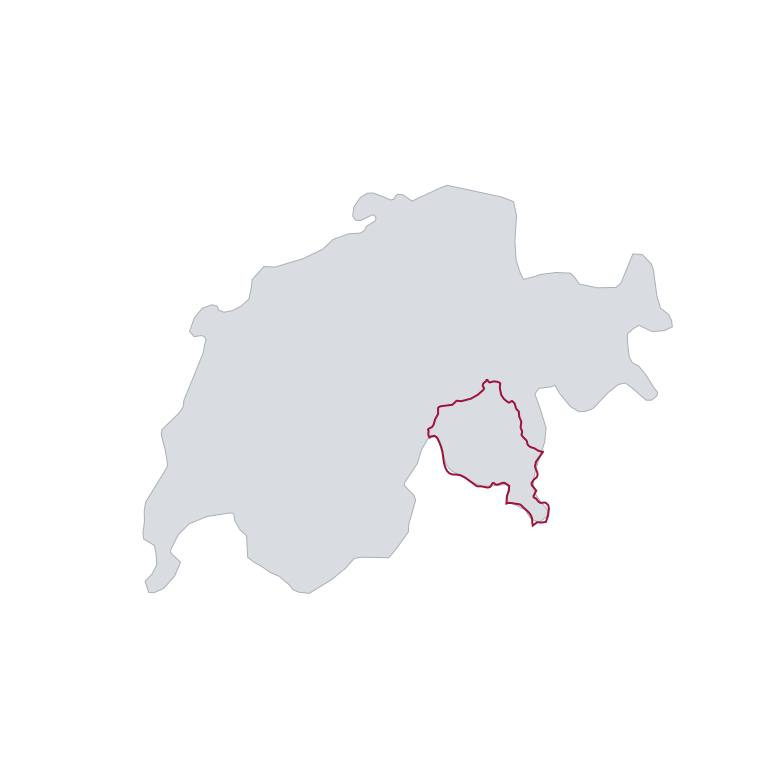 Ticino on a map of Switzerland (orthographic projection), rotated 340°
{"feature_id": "CHE-168", "entity_name": "Ticino", "entity_type": "Canton", "adm_level": 1, "iso_a3": "CHE", "parent_name": "Switzerland", "parent_adm1": "", "projection": "orthographic", "projection_center": [8.86, 46.227], "detail": "fine", "context": "in_parent", "style": "outline", "palette": "rose", "viewbox_px": 768, "rotation_deg": 340, "n_neighbors": 0, "source": "natural_earth", "source_scale": "10m", "svg_char_len": 4689}
<svg xmlns="http://www.w3.org/2000/svg" viewBox="0 0 768 768"><g transform="rotate(340 384 384)"><path d="M555.0,246.3L558.9,248.8L568.1,257.0L566.1,271.3L555.9,294.3L550.5,312.9L550.0,327.1L551.1,333.7L553.0,333.6L563.0,334.6L568.1,334.5L584.3,338.2L597.3,343.7L599.9,349.6L601.6,356.8L617.2,366.5L634.9,372.6L640.9,370.5L662.4,346.9L670.9,350.6L676.3,362.8L676.2,369.3L670.6,394.1L669.8,407.3L675.2,415.9L675.9,422.7L674.5,428.9L665.7,429.7L653.9,426.5L643.7,416.1L636.2,417.5L629.7,420.3L626.5,430.4L623.7,442.5L624.7,449.1L629.5,454.2L633.3,465.1L636.2,479.2L638.3,485.7L636.1,488.6L629.9,490.7L624.7,488.8L615.4,472.0L611.1,465.6L603.9,464.6L591.3,468.9L572.1,478.6L564.2,478.6L557.6,476.7L551.3,468.7L545.9,453.3L544.1,443.5L540.4,443.9L528.0,441.1L522.3,445.0L522.3,460.9L521.3,480.7L515.1,493.5L497.8,515.6L491.5,525.3L489.0,532.2L488.4,538.2L491.1,548.6L494.8,558.6L491.7,564.2L482.5,567.2L476.0,561.2L473.5,550.4L459.4,535.8L465.8,523.5L464.7,520.4L441.5,514.0L431.6,504.7L417.6,488.4L415.0,481.4L415.8,458.7L415.0,453.2L413.1,450.5L406.4,450.6L396.9,458.5L388.1,470.2L370.2,483.3L368.3,486.1L374.2,499.1L373.9,504.1L359.1,524.6L356.3,531.4L337.6,544.1L329.1,548.9L303.5,539.0L296.4,537.7L284.9,543.9L268.5,549.7L242.2,555.2L232.7,550.5L228.2,546.3L226.1,540.0L219.7,528.8L212.5,522.1L207.5,514.8L200.8,506.8L196.6,500.2L203.0,479.5L198.9,472.1L197.0,461.6L198.3,454.5L196.0,452.7L172.7,448.0L153.2,448.7L139.1,455.3L127.3,466.4L125.9,468.9L126.5,471.0L131.8,481.8L121.8,492.7L106.8,500.9L96.3,501.4L91.7,499.5L92.0,487.5L100.8,483.4L108.8,475.9L111.8,465.0L113.1,457.3L105.2,447.6L106.4,441.9L111.9,431.2L115.1,421.7L119.5,413.5L136.1,400.4L152.7,387.2L155.6,372.8L157.4,355.1L159.8,350.9L181.8,341.0L187.4,336.9L190.3,331.0L207.9,311.6L225.2,292.3L228.8,285.8L231.7,282.0L231.8,278.8L229.7,276.3L221.8,274.5L219.2,268.2L228.2,257.2L239.2,250.6L249.8,250.8L254.0,254.0L253.7,257.7L258.1,261.8L266.1,263.2L276.0,262.1L286.0,258.1L292.2,248.2L295.8,240.8L311.4,232.5L321.8,236.9L351.1,238.5L372.4,236.4L385.7,230.7L402.3,230.8L413.3,234.1L415.3,233.7L418.4,232.9L421.4,229.8L431.8,227.7L433.3,225.1L432.8,222.5L431.0,221.1L418.1,222.4L413.2,220.3L412.0,215.6L416.2,207.3L425.6,200.7L433.6,199.0L439.4,200.9L453.4,213.4L456.8,213.8L458.7,211.5L461.6,210.3L466.5,212.7L472.0,220.5L472.9,221.7L504.3,218.9L511.3,218.9L532.7,232.3L555.0,246.3Z" fill="#d9dde1" stroke="#a8b0b8" stroke-width="1"/><path d="M453.0,514.6L452.3,514.3L451.5,514.7L449.5,516.5L448.5,517.0L446.2,516.9L440.1,513.3L437.6,512.4L436.3,511.8L428.1,499.5L424.4,495.6L420.8,493.8L417.3,492.4L415.0,490.4L413.5,487.3L413.0,482.7L413.5,477.8L415.7,468.0L416.2,462.6L416.1,456.9L415.6,452.6L413.8,450.0L410.1,449.3L408.4,449.7L408.3,448.9L408.2,447.4L408.5,446.2L409.1,444.9L409.8,443.6L409.8,443.2L409.8,442.8L409.7,442.4L409.7,442.0L410.1,441.6L411.3,441.2L414.3,440.9L416.5,439.4L420.3,434.3L424.6,430.7L424.9,429.7L425.4,428.5L426.4,425.5L426.8,425.0L427.2,424.6L428.2,424.4L429.7,424.3L441.1,426.9L446.5,424.6L450.8,426.6L460.8,427.5L468.5,426.2L475.1,423.6L476.4,422.6L476.6,422.0L476.6,421.4L476.3,420.8L476.1,419.9L476.3,419.0L477.3,417.7L478.2,417.2L479.2,416.8L480.5,416.5L481.5,415.4L482.3,415.4L482.6,415.7L482.8,416.7L483.1,417.7L483.8,418.7L488.2,419.1L488.9,419.4L489.8,420.0L491.2,420.6L492.9,422.2L493.3,422.7L493.4,423.3L493.1,424.0L492.1,425.8L491.7,426.9L491.3,428.3L491.1,429.5L490.9,431.7L490.7,432.8L490.5,433.5L490.4,434.1L491.2,437.7L491.5,438.7L491.9,439.6L493.3,442.0L494.7,444.0L495.6,444.4L495.9,444.3L496.5,444.0L498.5,443.7L500.0,446.6L500.0,447.7L500.0,449.2L499.7,451.3L499.9,452.9L500.4,454.2L501.1,455.5L501.2,456.3L500.9,457.1L500.5,458.9L499.9,460.5L500.1,466.2L499.6,467.5L497.6,471.3L497.4,472.6L497.5,473.8L497.7,475.0L497.5,475.9L497.0,477.2L495.9,478.4L495.9,479.2L496.1,480.1L497.1,482.8L498.5,485.5L498.6,486.2L498.6,487.2L498.2,489.6L498.5,490.6L498.9,491.6L500.0,493.3L500.8,494.0L503.0,495.5L505.7,498.9L506.9,500.0L509.9,502.2L510.0,502.2L509.9,502.4L500.4,508.9L498.0,512.5L497.5,515.0L497.8,519.2L497.4,521.5L496.3,523.3L495.1,524.1L492.2,525.0L488.8,527.6L488.3,529.7L490.6,536.3L486.3,540.3L486.0,540.8L485.9,541.3L486.0,541.8L486.3,542.3L487.7,543.7L488.8,547.1L490.0,548.9L491.3,549.6L494.2,550.2L495.4,551.0L496.9,554.1L496.4,557.3L493.1,563.8L488.9,569.0L485.0,568.2L480.7,566.3L476.6,567.5L475.4,567.9L475.9,565.0L476.7,562.7L477.2,560.4L477.0,557.1L476.3,554.6L475.2,552.2L472.9,548.1L471.6,545.1L470.7,543.9L469.9,543.2L462.3,539.1L460.3,538.4L458.1,538.2L458.3,537.7L458.8,536.8L461.1,531.5L464.9,526.9L466.8,522.5L463.5,518.1L461.5,517.4L457.5,517.5L455.4,517.2L454.4,516.5L453.4,514.7L453.0,514.6Z" fill="none" stroke="#9f1239" stroke-width="2"/></g></svg>